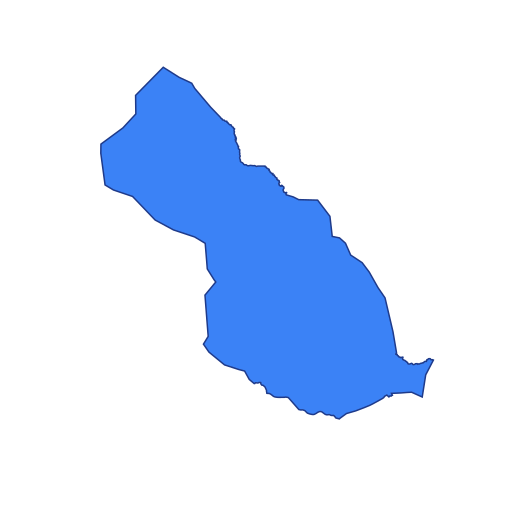 Binder, Hentiy, Mongolia, rotated 147°
{"feature_id": "93677404B23670550125649", "entity_name": "Binder", "entity_type": "district", "adm_level": 2, "iso_a3": "MNG", "parent_name": "Mongolia", "parent_adm1": "Hentiy", "projection": "robinson", "projection_center": [110.5, 48.575], "detail": "fine", "context": "isolated", "style": "filled", "palette": "blue", "viewbox_px": 512, "rotation_deg": 147, "n_neighbors": 0, "source": "geoboundaries", "source_scale": "gbopen_adm2", "svg_char_len": 5712}
<svg xmlns="http://www.w3.org/2000/svg" viewBox="0 0 512 512"><g transform="rotate(147 256 256)"><path d="M343.9,397.8L339.6,389.0L327.1,373.2L321.0,341.1L311.0,322.8L297.1,305.4L291.7,294.3L300.2,278.5L303.9,271.7L304.1,258.9L303.9,256.1L320.1,251.0L339.9,214.6L348.1,210.7L347.8,201.0L341.7,181.8L332.2,170.1L328.2,165.7L328.9,156.1L327.0,150.0L326.5,149.7L325.6,150.0L325.3,149.9L323.8,148.6L323.5,148.4L322.4,148.3L322.1,148.1L321.5,147.8L321.0,147.3L321.4,146.5L321.6,146.0L321.6,145.6L321.5,144.9L321.4,144.4L321.1,144.2L320.6,143.9L320.3,143.1L319.8,141.2L320.3,138.0L320.4,137.5L320.9,136.8L321.2,135.9L321.6,135.3L321.7,135.0L321.5,134.7L320.3,133.9L319.8,133.5L319.0,132.3L318.5,130.8L318.1,130.0L318.0,129.2L317.5,128.3L316.8,127.4L315.1,125.9L313.7,124.9L309.1,122.0L307.9,121.5L306.6,120.3L306.0,119.7L303.7,103.9L302.1,102.3L301.5,102.1L300.9,101.7L300.3,101.1L299.6,100.2L299.2,99.6L299.0,98.4L298.5,96.3L297.1,94.4L295.2,92.5L294.2,91.8L293.2,91.4L292.0,91.3L290.8,91.2L289.7,91.3L288.4,91.1L287.7,91.0L286.9,90.6L286.1,90.0L285.5,89.0L285.2,88.1L284.2,85.5L283.4,84.5L282.4,83.8L281.5,83.4L281.0,83.1L280.6,82.7L279.9,81.5L279.3,81.0L279.0,80.7L278.2,80.4L277.9,80.2L277.5,79.4L277.6,79.0L277.3,78.2L277.3,77.9L277.4,77.4L277.4,77.1L277.2,76.6L276.6,75.9L275.2,74.4L274.9,74.0L273.6,74.2L265.9,74.6L256.7,71.8L248.3,70.0L242.0,68.8L238.4,68.4L227.5,67.6L225.9,67.7L224.5,68.3L222.0,68.1L221.3,65.4L219.9,65.7L219.0,64.9L218.3,65.1L217.5,64.9L217.2,67.0L209.0,62.2L203.3,59.1L199.7,57.0L193.4,47.2L178.4,63.9L163.9,72.1L164.2,72.7L164.6,73.0L165.7,73.6L165.8,73.8L165.7,74.6L165.8,74.9L166.0,75.2L166.4,75.4L167.0,75.8L167.5,75.9L168.4,75.6L168.9,75.9L169.2,75.9L169.4,75.8L169.8,75.4L170.5,74.8L171.3,75.4L171.8,75.6L172.6,75.6L173.6,75.4L174.3,75.4L174.5,75.6L174.7,75.8L175.7,75.9L176.6,76.4L177.6,76.4L178.0,76.5L178.6,77.1L179.3,77.1L179.4,77.6L179.5,78.0L179.8,78.2L180.3,78.3L180.9,78.8L181.2,78.8L181.9,78.7L182.8,79.0L183.3,79.3L183.5,79.6L183.6,80.6L183.9,81.2L184.3,81.4L185.6,81.6L186.1,81.8L187.1,82.6L187.2,82.9L187.1,83.4L186.9,84.0L186.9,84.4L187.1,84.6L187.4,85.0L187.4,85.5L187.4,85.8L187.8,86.2L187.9,87.1L188.0,87.3L188.5,87.8L188.7,88.4L188.9,88.6L189.0,88.9L189.3,89.3L189.2,89.7L188.7,90.4L188.3,90.6L188.0,90.9L187.9,91.1L188.2,91.4L189.0,91.3L189.2,91.5L189.3,91.9L189.5,92.1L189.8,92.2L190.3,92.2L190.4,92.3L190.5,93.0L190.7,93.3L191.1,93.6L191.0,94.7L191.1,94.8L191.4,95.1L191.5,95.3L191.5,96.1L191.2,96.6L191.6,97.0L192.0,97.1L192.2,97.4L192.0,97.7L190.8,98.4L182.4,117.8L170.6,150.6L170.9,163.0L169.8,180.8L170.6,192.6L176.1,205.2L174.0,218.0L176.1,225.7L181.4,230.9L172.4,249.0L173.9,269.3L189.5,280.0L192.6,285.3L197.3,290.8L197.0,291.9L196.8,292.2L195.9,292.3L196.0,292.7L196.7,292.5L196.8,292.6L196.9,293.1L197.3,293.5L197.3,293.8L197.6,294.0L197.8,294.2L197.8,294.5L197.5,296.3L197.3,296.6L196.9,297.0L195.9,297.4L195.5,297.8L195.4,298.0L195.3,298.4L195.1,298.9L195.5,299.7L195.6,300.4L195.6,300.6L195.7,300.8L195.9,300.5L196.2,300.5L196.4,300.6L196.6,301.3L196.8,301.3L197.2,301.1L197.4,301.2L197.5,301.4L197.6,302.1L197.9,302.6L197.9,302.8L197.6,303.2L197.7,303.6L197.3,304.5L196.8,304.6L196.4,304.6L196.2,304.7L196.3,305.3L196.1,305.7L195.9,305.8L195.6,306.4L195.8,306.9L196.0,307.1L196.3,307.3L196.2,307.6L196.2,307.8L196.8,308.8L196.5,309.3L196.0,309.8L196.0,310.0L196.5,310.7L196.6,311.1L196.8,311.4L196.8,311.6L196.7,312.0L197.0,312.7L197.0,312.8L196.6,313.6L196.6,313.8L196.8,314.1L197.1,314.1L197.3,314.2L197.4,314.6L197.6,314.8L197.7,315.2L197.5,315.4L197.4,315.7L197.4,315.8L197.0,315.8L197.0,316.1L197.4,316.2L197.8,316.5L197.9,317.0L198.1,317.5L198.1,317.8L198.1,318.1L198.4,318.3L198.4,318.5L198.4,318.9L198.2,319.3L198.2,319.6L198.2,320.0L198.5,320.6L198.5,320.8L198.4,321.0L197.8,321.4L197.8,321.5L197.9,321.8L198.2,322.0L198.3,322.2L198.4,322.8L198.5,323.0L198.9,323.3L199.0,323.4L199.0,324.1L199.2,324.6L199.1,325.3L199.5,325.6L199.6,326.0L199.8,326.2L199.8,326.4L199.6,326.6L205.3,330.3L205.7,330.5L206.4,330.7L207.0,331.0L207.8,332.5L208.9,333.1L209.7,333.7L210.4,334.3L211.4,335.1L212.5,335.5L213.6,336.0L214.3,337.0L214.5,337.8L216.0,338.8L216.4,339.5L216.3,340.1L216.6,341.6L217.1,342.4L217.5,343.2L217.4,344.3L216.8,344.9L216.7,345.6L216.6,346.4L216.2,347.3L215.8,347.8L215.0,348.2L214.7,348.8L214.6,349.6L214.3,350.3L213.6,350.9L213.4,351.7L213.0,352.4L212.2,353.4L211.8,354.1L212.0,354.8L212.3,355.4L211.9,356.4L211.0,357.4L211.3,357.8L211.0,358.6L210.6,362.0L210.6,363.4L210.4,363.6L210.3,364.0L209.9,364.0L209.4,364.1L209.3,364.6L209.1,365.0L209.3,365.2L209.0,365.2L209.0,365.4L208.6,365.4L208.6,365.5L208.3,365.9L208.3,366.0L208.5,366.4L208.4,366.6L208.5,366.7L208.1,366.9L208.1,367.0L208.2,367.4L208.1,367.7L208.2,367.9L208.1,368.1L208.2,368.4L208.0,368.6L207.9,368.7L208.0,368.9L207.9,369.2L207.8,369.3L207.9,369.5L207.8,369.8L207.8,370.1L207.6,370.4L207.6,370.6L207.4,371.0L206.6,371.7L206.6,371.9L206.3,372.2L206.3,372.5L206.2,373.0L205.8,373.6L205.6,373.7L205.4,373.9L205.3,374.1L204.9,374.2L205.0,374.4L204.9,374.6L204.9,374.9L205.3,375.4L205.3,375.6L205.0,376.2L205.0,376.4L205.5,377.1L205.6,377.4L205.6,378.2L205.8,378.7L205.7,378.9L205.6,379.1L205.5,379.5L205.7,379.9L206.3,380.1L206.6,380.5L206.7,380.8L206.7,381.1L206.9,381.7L207.1,382.7L206.9,383.0L207.0,383.3L207.4,383.7L207.5,384.2L207.3,384.6L207.1,384.7L207.1,384.9L207.4,385.2L207.8,385.4L208.4,385.8L208.7,386.7L208.6,387.1L208.7,387.3L209.0,387.5L209.4,387.8L209.9,388.4L210.0,388.6L209.8,388.9L209.8,389.6L209.9,389.8L210.1,389.9L210.2,390.5L210.4,390.7L210.3,391.5L213.0,405.5L216.1,429.9L215.8,435.9L223.2,447.8L231.0,464.8L269.5,456.3L279.4,440.6L297.9,435.9L325.1,434.3L330.2,426.7L343.9,397.8Z" fill="#3b82f6" stroke="#1e3a8a" stroke-width="1.5"/></g></svg>